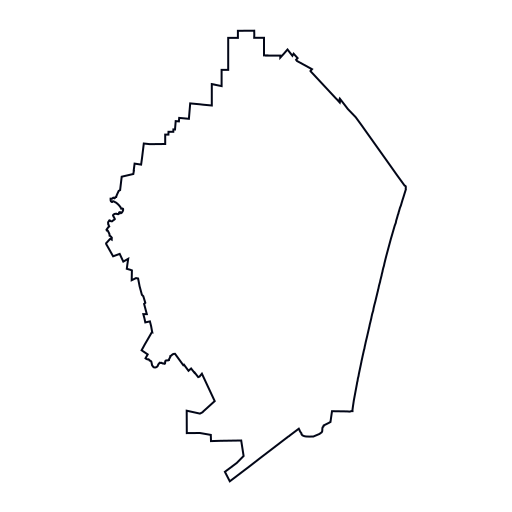 the district of San Fernando, Tamaulipas, Mexico
{"feature_id": "50627088B9132255009494", "entity_name": "San Fernando", "entity_type": "district", "adm_level": 2, "iso_a3": "MEX", "parent_name": "Mexico", "parent_adm1": "Tamaulipas", "projection": "natural_earth1", "projection_center": [-98.052, 24.872], "detail": "fine", "context": "isolated", "style": "outline", "palette": "ink", "viewbox_px": 512, "rotation_deg": 0, "n_neighbors": 0, "source": "geoboundaries", "source_scale": "gbopen_adm2", "svg_char_len": 5803}
<svg xmlns="http://www.w3.org/2000/svg" viewBox="0 0 512 512"><path d="M106.7,230.3L107.1,230.1L107.8,230.7L109.4,233.9L109.6,235.6L109.9,235.6L110.3,236.1L110.5,236.2L110.6,236.4L111.2,236.9L111.8,237.7L111.7,239.6L110.7,239.0L110.4,238.9L110.2,238.9L110.0,239.0L109.9,239.1L106.1,243.3L106.3,244.3L107.2,245.8L113.1,256.3L119.7,253.9L123.3,261.6L128.2,258.8L127.3,264.9L126.8,268.8L131.0,270.0L131.7,270.5L131.9,270.5L131.7,280.2L136.0,278.1L138.1,278.5L139.6,286.3L141.3,292.6L141.9,294.8L143.3,296.2L145.3,302.8L144.1,303.9L146.8,314.1L143.3,314.1L144.4,318.2L145.3,322.4L149.9,321.4L151.1,326.1L152.0,331.1L152.3,332.4L151.8,332.3L148.0,338.9L144.8,344.4L141.6,350.3L147.7,354.4L145.5,358.3L146.0,358.7L146.8,359.1L147.3,359.3L147.5,359.4L148.6,359.3L149.0,359.8L149.3,360.0L149.6,360.6L149.8,360.7L150.2,360.7L151.0,361.2L151.3,361.6L151.4,362.0L151.6,362.9L152.1,365.3L152.7,366.0L152.8,366.4L153.8,367.3L154.3,367.4L155.2,367.5L155.6,367.4L156.5,367.1L157.1,366.6L157.4,366.3L157.7,366.0L158.0,365.1L158.2,364.7L158.5,364.3L158.7,363.8L159.1,363.5L159.7,362.7L159.9,362.7L160.5,362.9L161.0,363.0L161.3,362.8L161.5,362.8L162.6,363.4L162.9,363.5L163.4,363.4L164.2,363.7L164.3,363.8L164.5,363.8L164.7,363.6L165.0,363.5L165.1,363.1L165.2,361.4L165.6,360.7L165.8,360.6L166.2,360.4L166.9,360.5L167.0,360.5L167.2,360.4L167.3,360.3L168.4,360.3L168.8,359.9L169.0,359.9L169.0,359.6L169.2,358.9L169.4,358.6L169.5,358.4L170.2,357.1L170.3,356.8L170.2,356.6L170.2,356.4L170.3,356.0L171.2,355.6L171.7,355.2L172.0,354.8L172.6,354.5L172.7,354.3L172.9,354.2L173.8,353.9L175.0,353.8L183.3,365.2L184.0,364.7L188.5,370.8L191.1,368.5L194.5,372.8L194.7,372.6L198.2,377.1L199.5,376.6L201.9,373.7L214.7,401.1L203.3,411.4L202.6,412.2L201.9,412.6L199.9,413.6L186.7,410.7L186.8,433.1L199.9,433.0L210.8,434.9L211.0,441.1L220.8,440.8L241.2,440.5L243.6,456.0L236.7,463.0L224.9,471.8L229.8,481.3L251.0,465.2L260.9,457.5L288.5,436.4L289.2,436.1L289.4,435.9L289.7,435.5L290.2,435.2L290.3,435.1L298.8,428.7L299.5,430.1L299.8,430.9L300.1,431.5L300.3,431.7L300.6,432.3L300.8,432.6L301.3,433.1L301.5,433.7L301.5,434.2L301.7,434.5L302.2,435.1L302.5,435.4L303.0,435.6L303.7,435.9L304.1,436.1L305.5,436.4L306.6,436.5L309.5,436.6L312.6,436.5L313.4,436.5L319.6,433.9L319.9,433.6L320.0,433.5L320.7,433.0L321.6,432.4L321.8,432.0L321.9,431.9L322.1,431.6L322.2,431.0L322.3,430.3L322.3,429.6L322.4,428.2L322.5,427.7L322.7,427.2L323.4,426.6L323.6,426.2L323.5,425.8L323.6,425.5L323.9,425.3L324.4,425.1L326.0,424.3L329.0,422.8L329.8,422.3L330.3,422.1L330.4,421.7L330.5,421.7L332.0,411.2L347.1,411.4L349.4,411.6L350.2,411.5L351.3,411.1L352.5,411.1L352.5,409.7L353.0,406.0L353.3,404.0L353.8,400.6L356.4,386.7L356.9,384.0L357.2,382.1L357.4,381.6L357.5,381.0L357.6,380.5L357.9,378.4L358.5,376.2L358.9,373.8L360.9,364.3L361.0,363.7L361.4,361.9L361.5,361.2L362.1,358.5L362.3,357.6L362.5,356.6L364.0,349.9L364.4,348.6L364.7,346.8L365.3,344.1L365.7,342.2L367.2,336.0L367.3,335.5L369.4,326.4L369.6,325.3L370.0,323.5L370.3,322.4L371.3,318.2L371.6,316.6L372.2,313.9L373.2,310.6L373.5,308.7L374.3,305.2L375.3,301.5L377.7,291.5L377.9,290.8L378.1,289.6L378.4,288.7L379.0,285.7L380.1,281.7L380.3,280.5L381.6,275.4L381.8,274.2L382.5,271.5L382.7,270.3L383.4,267.5L383.8,266.3L384.1,265.0L384.4,263.5L385.5,259.0L386.4,255.5L386.8,254.0L391.0,238.4L391.4,237.1L392.5,233.3L394.7,225.7L395.8,222.8L396.2,220.6L397.0,218.0L397.7,215.5L398.0,214.4L398.4,213.6L398.6,212.4L399.0,211.2L400.0,207.7L400.9,205.5L401.7,202.7L402.1,201.4L402.5,200.0L403.2,197.9L405.9,189.2L405.7,188.5L405.8,187.6L405.8,186.7L405.4,185.9L404.6,185.6L396.9,175.0L390.4,165.8L360.9,124.3L355.7,117.2L347.8,109.0L346.3,107.0L339.8,98.6L339.6,99.1L339.6,99.7L339.8,99.9L339.9,100.3L339.9,101.1L339.9,101.4L339.8,101.6L339.9,101.8L339.9,102.2L339.8,102.6L337.1,99.6L335.7,98.2L316.6,77.7L310.5,71.2L310.5,70.9L312.0,69.2L297.0,61.0L296.1,59.8L297.6,58.1L293.6,53.7L292.4,55.8L287.5,49.5L283.7,53.9L280.3,57.6L280.3,55.6L266.7,55.6L266.8,55.4L264.0,55.4L264.0,52.1L264.0,37.8L254.2,37.8L254.3,34.3L254.2,30.7L237.9,30.8L237.9,37.9L228.2,37.9L228.2,54.2L228.2,69.5L228.2,69.9L221.6,69.9L221.6,86.1L211.8,84.1L211.8,105.5L203.2,104.7L199.9,104.3L190.2,103.4L188.9,118.8L179.2,117.9L178.9,121.4L175.7,121.1L175.0,129.5L173.4,129.4L173.3,131.8L168.5,131.8L168.4,134.6L165.2,134.6L165.2,144.0L154.8,144.1L149.2,144.1L143.8,143.5L142.0,158.2L141.1,164.6L134.6,163.6L133.7,170.6L133.9,170.7L133.3,174.0L121.7,176.7L120.1,190.1L118.7,190.9L116.8,195.0L116.7,195.5L116.4,196.0L116.3,196.3L116.3,196.6L116.2,197.0L115.9,197.0L115.7,197.0L115.4,197.1L115.3,197.4L114.7,198.2L114.5,198.3L114.3,198.3L113.3,197.7L112.7,198.1L112.5,198.4L112.1,198.7L110.6,198.7L110.6,200.2L110.9,201.2L111.1,201.3L111.5,201.8L111.9,202.0L112.2,202.0L112.4,201.8L112.6,201.6L112.8,201.3L113.0,201.2L114.6,201.8L115.1,202.2L116.2,202.7L117.2,203.6L117.4,203.7L117.7,204.0L119.3,205.6L119.6,206.1L120.3,206.8L120.4,207.2L120.5,207.3L120.8,207.9L121.2,208.3L121.3,208.7L122.4,208.5L122.6,208.6L123.0,208.8L123.1,209.1L123.1,209.6L123.1,210.2L122.6,211.5L122.2,212.0L122.0,212.4L121.6,212.8L121.3,213.0L120.9,213.2L120.3,212.6L120.2,212.2L119.9,212.1L119.1,212.5L119.2,213.1L119.1,213.5L118.9,213.8L118.7,213.9L118.5,214.1L118.2,214.1L117.9,214.1L117.7,214.0L117.4,214.1L116.9,214.0L116.4,213.7L115.3,213.8L114.8,213.9L114.6,214.0L114.4,214.0L113.5,214.6L113.2,214.9L113.0,215.4L113.1,215.7L113.5,216.5L113.7,216.9L113.9,217.1L114.1,217.4L114.2,217.8L114.8,218.9L114.8,219.2L113.6,220.1L113.4,220.2L112.6,220.8L112.3,221.2L111.9,221.3L111.5,221.3L111.0,221.2L110.1,221.0L109.8,220.6L109.8,220.4L109.6,220.3L109.3,220.4L109.2,220.6L108.2,222.1L108.1,222.4L108.2,224.3L108.4,224.6L108.5,224.7L108.5,224.9L108.8,225.4L108.9,225.9L109.2,226.5L108.3,227.2L106.5,229.7L106.7,230.3Z" fill="none" stroke="#020617" stroke-width="2"/></svg>